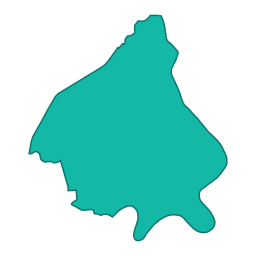 Quan 9, Hồ Chí Minh city, Vietnam (Albers equal-area conic projection)
{"feature_id": "81297802B54605917200404", "entity_name": "Quan 9", "entity_type": "district", "adm_level": 2, "iso_a3": "VNM", "parent_name": "Vietnam", "parent_adm1": "Hồ Chí Minh city", "projection": "albers", "projection_center": [106.816, 10.829], "detail": "fine", "context": "isolated", "style": "filled", "palette": "teal", "viewbox_px": 256, "rotation_deg": 0, "n_neighbors": 0, "source": "geoboundaries", "source_scale": "gbopen_adm2", "svg_char_len": 3886}
<svg xmlns="http://www.w3.org/2000/svg" viewBox="0 0 256 256"><path d="M161.3,16.0L161.2,16.0L158.7,15.6L158.3,15.6L156.5,15.4L152.6,15.4L150.6,15.4L149.5,16.4L148.9,17.3L148.1,18.2L147.2,19.0L146.8,19.4L145.6,20.1L144.8,20.9L141.9,21.2L140.3,21.2L138.5,20.9L137.5,21.6L136.3,23.3L135.1,24.8L134.7,25.5L134.7,27.8L134.7,28.0L134.8,31.3L134.7,32.7L133.8,33.8L132.5,34.5L131.0,35.4L130.2,35.9L127.6,36.0L126.9,36.8L126.1,38.0L125.3,39.1L125.1,41.1L124.7,43.9L124.3,44.2L124.0,44.2L123.6,44.1L122.8,43.5L120.0,46.8L118.8,48.2L117.9,47.5L110.9,57.3L109.5,59.2L108.5,60.6L107.1,62.3L105.2,64.4L104.2,65.3L102.0,67.0L97.5,69.7L90.6,73.9L83.9,78.0L76.0,82.8L75.7,83.0L68.6,87.3L62.3,91.1L59.3,93.0L58.0,93.9L56.6,95.3L56.1,95.8L55.0,97.2L52.2,101.9L49.7,106.3L48.2,108.9L46.9,111.2L45.4,114.0L43.3,117.9L39.7,124.5L36.5,130.1L34.7,133.4L33.3,135.9L32.3,138.2L31.4,141.2L30.8,144.4L29.7,150.5L29.1,153.8L29.8,153.8L30.4,153.8L31.1,153.6L31.9,153.4L32.5,153.1L33.4,152.5L34.1,152.0L34.9,151.7L35.6,151.6L36.0,151.6L36.6,151.7L37.3,151.9L37.8,152.2L38.7,153.0L39.5,153.8L39.8,154.4L39.9,154.9L40.0,155.7L40.3,156.8L40.5,158.2L40.8,159.0L41.1,159.5L41.6,160.1L42.2,160.5L42.9,161.0L44.0,161.6L44.6,161.9L45.2,162.0L45.4,162.1L45.9,162.0L46.3,161.9L47.1,161.7L47.7,161.6L48.4,161.6L49.0,161.6L49.7,161.6L50.3,161.6L51.2,161.6L51.7,161.8L52.2,161.9L53.0,162.5L53.5,162.8L54.1,162.8L54.6,162.8L55.4,162.7L56.3,162.6L56.9,162.5L57.3,162.4L57.9,162.2L58.7,161.7L60.3,160.4L60.5,160.8L60.8,161.4L61.0,162.5L61.2,163.2L63.0,169.0L63.8,171.9L65.0,176.2L66.2,180.4L67.3,184.1L68.0,186.5L68.1,187.0L68.2,187.6L68.1,188.9L68.1,190.6L73.6,190.4L76.2,190.2L76.8,197.4L77.0,198.7L76.8,199.5L76.0,200.3L72.6,202.5L71.6,203.6L71.5,204.3L71.9,204.8L76.2,206.9L81.1,209.8L82.8,210.2L84.7,210.2L86.4,210.0L89.2,209.7L90.9,209.5L91.5,209.5L92.4,209.7L93.2,210.2L93.6,210.5L93.8,210.8L93.8,211.3L93.9,212.5L94.1,213.1L94.3,213.5L94.6,213.7L94.9,213.9L95.5,213.8L95.9,213.8L96.4,213.8L96.8,213.8L97.2,213.8L97.9,214.1L99.0,214.6L99.8,215.0L100.2,215.1L100.9,215.1L101.5,215.1L102.2,214.9L102.9,214.5L103.8,214.1L104.6,214.1L105.3,214.1L106.4,214.2L108.1,214.6L109.3,215.1L110.4,215.7L112.5,216.9L114.3,215.1L117.6,211.8L120.3,209.6L123.1,208.0L125.8,206.8L128.1,206.0L129.5,205.8L130.5,205.9L131.7,206.1L132.5,206.3L133.0,206.6L134.5,207.8L135.9,209.3L137.0,210.9L137.4,212.0L137.9,214.1L138.1,217.2L137.9,219.5L137.4,221.6L136.4,224.8L135.0,228.6L134.0,232.8L133.8,234.1L133.8,235.8L134.0,237.3L134.5,238.5L135.1,239.5L135.7,240.0L136.6,240.4L138.2,240.6L139.5,240.5L142.1,239.4L143.1,238.7L143.7,238.1L143.8,238.1L144.3,237.2L145.6,235.0L146.7,233.3L147.0,233.0L153.7,224.9L154.9,223.8L157.1,222.0L159.1,220.4L161.8,218.5L163.3,217.6L164.8,216.8L166.1,216.3L168.7,215.4L171.1,214.9L174.5,214.7L178.6,215.3L179.9,215.6L181.4,216.4L182.3,216.9L183.3,217.8L189.9,225.0L193.9,228.9L196.2,230.5L198.5,231.6L200.8,232.3L203.3,232.5L205.5,232.4L207.4,232.0L209.4,230.9L211.0,229.8L212.4,228.6L213.3,227.3L214.3,225.7L214.6,224.5L214.8,222.9L214.8,221.7L214.4,219.9L213.6,217.7L211.7,214.1L210.4,211.9L209.0,210.2L206.2,207.1L202.9,203.6L201.0,201.4L200.3,200.3L199.8,199.1L199.3,196.8L199.2,193.8L199.4,192.7L199.9,191.4L201.5,189.4L205.9,186.2L217.3,177.6L222.0,171.8L225.2,167.4L226.6,164.6L226.9,161.7L226.7,158.9L226.6,158.0L225.8,155.0L223.3,149.6L221.1,145.3L219.6,143.2L217.5,140.7L211.9,135.1L211.6,134.8L209.8,133.2L208.8,132.4L200.3,122.0L199.6,121.1L197.5,118.4L192.2,113.1L189.7,110.0L187.7,107.9L185.0,105.6L184.0,104.4L183.2,103.1L182.0,99.9L181.2,97.7L179.9,93.5L177.9,88.4L175.1,82.3L171.5,74.6L171.4,73.0L171.3,72.9L171.2,70.9L171.3,69.7L171.9,68.0L173.6,64.4L175.6,60.6L177.0,56.5L177.9,54.0L178.1,52.5L177.8,51.7L177.4,51.1L175.7,49.0L172.7,45.6L170.8,43.7L167.5,40.9L166.4,38.9L166.0,36.1L165.4,31.5L164.9,28.2L164.0,23.7L162.8,19.8L161.3,16.0Z" fill="#14b8a6" stroke="#0f766e" stroke-width="1.5"/></svg>